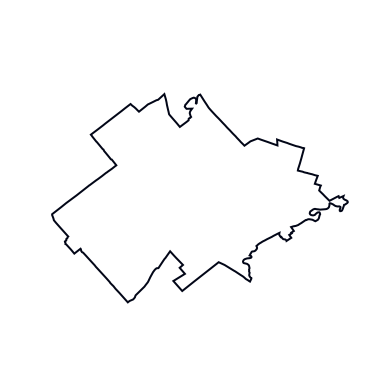 Jebel, Timis, Romania, rotated 155°
{"feature_id": "2599482B60817854126326", "entity_name": "Jebel", "entity_type": "district", "adm_level": 2, "iso_a3": "ROU", "parent_name": "Romania", "parent_adm1": "Timis", "projection": "natural_earth1", "projection_center": [21.231, 45.54], "detail": "fine", "context": "isolated", "style": "outline", "palette": "ink", "viewbox_px": 384, "rotation_deg": 155, "n_neighbors": 0, "source": "geoboundaries", "source_scale": "gbopen_adm2", "svg_char_len": 5980}
<svg xmlns="http://www.w3.org/2000/svg" viewBox="0 0 384 384"><g transform="rotate(155 192 192)"><path d="M328.1,231.0L328.5,230.3L328.7,227.2L328.9,225.7L329.0,225.5L329.1,224.7L328.3,221.6L326.4,215.2L323.0,204.0L323.4,203.9L323.9,203.5L324.3,203.0L324.9,202.7L325.5,202.6L325.9,202.4L326.2,201.6L326.5,201.2L326.9,201.1L328.1,200.9L328.3,200.1L328.2,199.1L328.4,198.7L328.7,198.4L328.1,197.5L326.1,191.2L325.3,188.2L324.7,185.9L317.0,187.7L316.9,187.2L317.3,185.2L317.1,184.0L316.3,183.0L315.2,179.6L313.4,173.8L311.1,166.5L310.8,165.0L309.8,161.9L306.0,149.8L304.6,145.1L304.5,144.0L304.2,143.2L303.8,142.0L303.3,140.7L303.0,139.9L302.9,139.5L302.2,136.5L300.5,131.4L299.3,127.4L296.8,119.1L295.6,119.4L294.7,119.6L293.9,119.6L290.8,119.5L289.3,120.1L288.2,120.7L287.5,121.5L286.7,122.2L282.7,123.6L275.1,126.3L273.1,127.4L270.5,128.7L269.7,129.2L265.7,132.5L261.2,135.8L259.0,137.0L258.1,137.4L256.7,137.8L256.1,137.8L254.6,137.2L246.8,142.0L244.9,143.1L244.2,143.3L236.9,147.5L235.2,142.0L234.2,138.9L231.0,129.7L235.2,128.5L234.8,127.1L233.0,120.8L246.5,119.2L242.7,106.4L227.8,110.0L210.2,114.1L200.4,116.4L197.5,117.1L193.3,112.1L187.2,102.9L186.4,101.8L182.9,96.1L181.6,94.1L180.8,92.5L179.9,90.3L178.7,88.6L177.9,87.2L177.3,86.3L176.2,87.2L174.9,88.3L174.7,88.6L174.6,89.0L174.8,89.1L175.2,89.9L175.3,90.5L175.4,91.2L175.4,91.8L175.3,92.4L174.7,93.4L173.9,94.4L173.9,95.0L173.9,95.6L173.7,96.1L173.4,96.5L173.3,96.8L173.2,97.2L173.2,97.4L172.5,98.2L172.1,98.6L172.0,99.0L171.9,99.2L171.8,99.5L171.8,100.0L171.6,100.5L171.5,101.0L171.5,101.3L171.6,102.0L171.9,102.6L172.2,103.1L172.4,103.5L172.6,103.7L173.1,104.1L173.5,104.4L173.8,104.7L174.4,105.1L175.0,105.6L175.2,105.8L175.3,106.1L175.3,106.7L175.3,107.1L175.1,107.5L174.6,108.0L174.2,108.3L173.7,108.6L173.2,108.7L172.5,108.8L170.6,108.6L169.7,108.4L168.1,107.8L167.7,107.7L166.6,107.5L166.2,107.5L165.8,107.7L165.5,108.0L165.5,108.6L165.5,108.9L165.9,109.4L166.6,110.1L165.7,110.7L165.1,111.3L164.2,111.8L163.8,112.1L163.4,112.4L163.0,112.6L162.4,112.6L161.7,112.3L161.0,112.1L160.3,112.0L159.6,112.1L159.3,112.1L158.0,112.7L157.7,112.8L157.2,113.2L156.8,113.6L156.6,114.0L156.5,114.5L156.4,115.0L156.3,115.5L156.4,115.8L155.1,116.2L153.9,116.6L152.1,116.9L151.6,116.9L149.4,117.2L148.1,117.3L146.8,117.3L143.9,117.5L138.6,117.6L136.7,117.8L131.3,118.0L130.0,118.0L130.8,116.9L131.0,116.0L130.9,115.3L130.8,114.5L130.6,114.0L130.6,113.5L130.3,113.4L130.0,113.5L129.9,113.2L129.9,112.7L129.6,111.7L129.5,111.3L129.2,110.7L128.9,110.5L128.5,110.2L127.9,109.8L127.5,109.5L127.3,109.2L127.0,108.5L126.9,108.1L127.0,107.7L121.4,108.5L122.0,112.0L119.0,112.4L119.2,113.2L116.2,113.6L116.5,115.6L117.0,118.4L116.8,118.4L116.4,118.2L116.2,118.2L115.9,118.2L115.0,118.1L114.0,117.9L113.6,117.7L113.4,117.7L113.2,117.7L112.7,117.5L112.2,117.4L111.0,117.3L109.6,117.2L109.2,117.3L108.5,117.4L107.8,117.5L105.6,117.7L104.9,117.9L103.3,118.1L102.3,118.3L100.7,118.5L100.1,118.2L99.0,118.3L97.6,118.0L96.2,117.1L94.5,115.9L93.4,114.4L92.6,113.4L91.9,113.4L89.7,113.6L88.2,114.5L87.2,115.7L86.3,116.9L85.4,117.5L85.2,117.8L85.0,119.3L85.2,119.8L86.5,120.3L87.3,120.3L88.9,119.9L90.5,119.3L92.1,119.6L93.2,120.3L94.1,121.2L94.3,121.7L94.4,122.3L94.3,122.9L93.8,123.6L93.1,124.3L89.5,125.0L88.1,124.9L87.3,124.5L86.4,123.8L84.9,122.9L83.4,121.9L80.7,120.9L78.0,119.9L77.0,119.7L75.6,119.8L74.3,120.4L73.7,121.1L73.1,121.8L72.7,122.6L72.4,123.3L71.9,123.6L71.5,123.4L70.9,122.9L69.5,121.3L68.4,119.4L67.8,118.6L66.8,117.8L65.9,117.2L64.7,116.8L64.2,116.3L63.9,115.9L63.8,115.5L64.5,114.6L65.6,113.5L66.0,112.6L65.8,112.0L64.9,111.7L63.9,111.8L62.7,112.8L60.4,115.1L59.6,116.1L58.7,115.9L55.9,116.4L55.2,116.8L54.9,117.7L55.5,119.0L56.9,120.6L57.4,121.5L57.6,122.1L57.5,122.9L57.1,123.6L56.4,124.3L61.0,124.4L60.9,126.3L62.9,126.3L71.1,125.9L73.4,132.1L74.2,134.5L75.5,137.9L76.1,139.6L73.5,142.6L72.5,143.4L77.2,147.5L74.4,150.4L71.2,153.5L73.5,155.3L75.5,157.2L76.9,158.3L79.0,160.0L79.3,160.4L79.8,160.7L82.0,162.4L83.2,163.7L84.8,164.9L87.0,166.7L86.1,168.0L82.3,172.1L78.4,176.6L76.9,178.4L71.9,184.3L72.3,184.7L73.6,185.5L74.2,186.2L76.2,188.0L78.4,189.7L80.9,192.1L83.6,194.7L84.9,196.1L88.5,199.4L90.6,201.5L92.1,203.0L92.7,203.6L93.0,202.8L93.4,201.8L93.9,200.5L94.9,198.1L99.1,202.2L101.8,204.9L107.3,210.2L109.8,212.7L117.6,213.2L120.6,212.6L124.9,211.8L125.5,213.6L126.7,216.8L127.0,217.9L127.3,218.8L128.5,222.4L128.9,223.9L129.9,226.6L130.4,228.0L131.8,232.4L132.2,233.4L132.5,234.3L133.0,235.7L133.8,238.4L135.0,241.9L135.9,244.7L136.8,247.4L138.0,250.7L139.9,256.6L140.6,258.9L141.2,261.0L141.4,262.1L141.7,264.5L142.4,269.1L143.2,275.4L143.4,276.8L144.2,276.8L144.8,277.0L146.8,276.1L149.3,272.2L150.2,270.6L150.8,270.4L151.0,270.7L149.4,273.4L149.3,273.8L149.1,274.4L149.3,275.5L149.9,276.2L150.4,276.7L151.7,276.9L153.1,276.9L154.3,276.9L156.6,275.9L157.8,275.3L158.7,274.9L159.7,274.4L160.2,274.2L160.8,273.9L161.1,273.9L162.5,272.4L162.4,271.8L161.8,269.7L156.7,267.5L159.2,266.1L159.6,265.7L160.0,265.4L160.4,264.9L160.8,264.2L161.0,262.8L161.2,261.3L161.1,260.4L161.5,260.3L161.9,260.2L162.1,260.0L162.5,260.0L162.7,259.9L163.1,260.0L164.0,259.8L164.2,259.5L164.8,258.4L167.3,257.8L168.7,257.5L175.5,256.1L176.7,260.7L178.4,266.6L179.4,270.1L179.8,271.6L179.9,272.2L179.3,274.8L179.0,276.4L177.9,281.5L177.2,284.0L176.5,287.1L175.7,292.4L176.6,292.1L183.7,289.9L185.5,290.2L188.7,290.1L193.6,290.0L195.0,290.0L198.2,289.1L206.1,287.2L206.9,289.3L207.6,291.3L208.4,293.2L209.1,294.5L209.6,295.4L209.7,295.6L210.5,297.7L217.7,296.1L221.4,295.2L241.5,290.7L244.7,289.9L251.0,288.5L256.2,287.4L259.4,286.7L259.1,285.5L258.9,284.3L257.4,278.0L257.2,277.7L256.9,276.6L254.8,268.6L254.3,267.9L254.3,266.2L253.8,264.4L252.0,257.3L251.7,255.9L251.0,255.3L249.3,248.2L254.8,246.9L259.2,246.1L259.8,246.0L260.5,245.8L262.0,245.6L267.1,244.4L272.5,243.3L273.4,243.2L282.0,241.4L282.5,241.4L283.1,241.2L289.1,239.8L298.1,237.7L310.8,235.1L316.8,233.6L328.1,231.0Z" fill="none" stroke="#020617" stroke-width="2"/></g></svg>